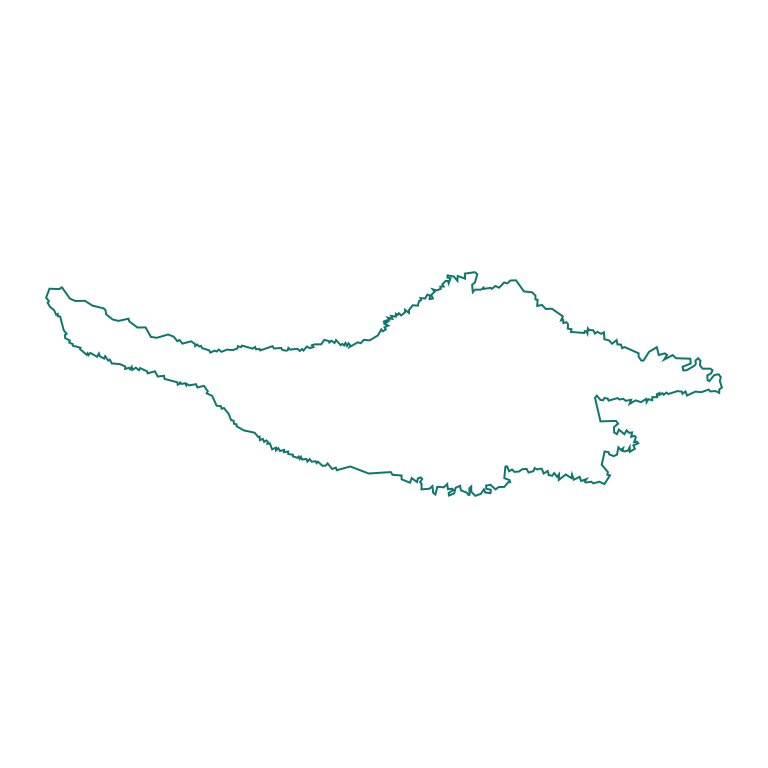 Comapa, Veracruz, Mexico
{"feature_id": "50627088B99460777873405", "entity_name": "Comapa", "entity_type": "district", "adm_level": 2, "iso_a3": "MEX", "parent_name": "Mexico", "parent_adm1": "Veracruz", "projection": "mercator", "projection_center": [-96.723, 19.142], "detail": "fine", "context": "isolated", "style": "outline", "palette": "teal", "viewbox_px": 768, "rotation_deg": 0, "n_neighbors": 0, "source": "geoboundaries", "source_scale": "gbopen_adm2", "svg_char_len": 6094}
<svg xmlns="http://www.w3.org/2000/svg" viewBox="0 0 768 768"><path d="M516.0,280.3L510.4,280.5L507.3,283.4L504.1,282.5L499.1,287.7L495.5,286.0L491.7,288.9L490.6,287.8L483.8,288.9L483.5,287.6L481.0,289.7L475.0,289.7L472.8,292.1L472.1,284.9L474.9,282.5L477.3,274.2L474.8,272.2L464.9,273.6L465.0,278.6L457.7,276.0L457.4,280.8L453.8,276.5L447.6,275.4L447.4,277.6L450.5,278.3L448.7,283.3L448.1,281.0L445.7,280.9L442.3,284.3L443.6,286.5L440.3,286.7L440.7,288.9L436.7,290.4L432.7,289.3L434.7,291.7L431.3,294.8L432.9,298.5L429.6,299.1L429.9,295.5L427.3,294.6L425.0,298.6L420.4,298.0L420.9,300.3L418.9,301.3L417.9,305.6L412.8,305.3L409.1,309.8L409.0,312.9L405.0,309.8L405.1,312.3L401.1,315.4L398.8,313.2L397.8,314.8L395.9,313.8L395.9,316.6L391.1,315.9L392.4,318.8L387.9,317.7L389.3,319.4L383.0,321.8L387.7,321.7L384.5,323.8L388.2,325.6L384.5,327.3L385.8,329.4L382.9,331.3L381.3,329.4L377.9,335.4L369.6,340.4L363.9,339.8L360.6,343.2L357.8,342.3L349.6,347.0L350.2,345.5L348.5,343.3L347.0,346.0L345.5,342.9L344.1,345.5L342.4,343.9L340.7,345.2L336.1,340.1L334.5,343.0L331.5,340.7L329.3,342.5L328.8,341.0L324.2,339.9L321.2,344.3L314.4,344.4L311.9,345.3L313.4,347.1L309.5,348.1L306.9,346.5L303.5,350.5L302.1,349.0L300.0,350.9L297.2,348.8L290.4,349.6L288.4,347.9L287.7,350.3L285.8,350.7L282.2,349.8L281.2,347.9L274.0,348.5L272.5,346.2L260.2,350.4L259.6,348.9L256.0,349.3L255.1,347.0L252.6,348.6L242.0,345.6L241.0,347.2L237.9,346.2L237.4,348.5L232.8,350.1L227.0,349.6L221.5,351.8L218.7,349.6L216.8,351.5L214.6,350.6L210.3,352.6L209.2,350.4L202.2,348.2L201.0,345.9L199.2,346.5L197.2,344.5L195.2,346.1L194.9,344.0L191.2,341.3L182.4,343.6L179.5,340.0L177.3,341.2L173.8,336.7L168.1,334.5L156.8,337.8L150.9,336.9L145.6,327.4L137.4,327.5L129.3,321.4L128.5,318.7L118.5,320.9L112.7,319.5L106.1,314.3L105.5,310.1L103.5,308.3L92.4,305.6L85.0,300.8L75.3,301.0L69.9,298.6L61.9,287.3L59.1,289.1L49.5,288.7L46.1,297.7L48.9,301.2L47.6,302.7L50.1,307.0L54.0,310.1L56.2,314.7L57.8,314.0L57.8,316.1L60.2,316.7L63.7,330.2L66.6,333.8L64.9,335.0L65.2,338.2L69.8,340.5L69.2,342.6L72.7,344.0L72.8,345.7L80.5,347.7L80.1,349.2L86.6,354.7L87.6,353.3L88.4,355.2L90.4,352.9L97.1,356.8L98.9,353.5L99.9,356.2L104.1,358.6L105.2,356.2L108.2,360.6L109.8,359.6L111.8,363.4L120.0,364.1L125.3,366.5L125.2,368.9L129.2,367.8L130.1,369.3L131.7,366.8L132.3,369.9L135.8,367.7L139.0,370.2L140.0,368.1L147.1,371.3L147.6,373.3L154.9,371.3L157.7,376.5L164.1,375.8L164.5,378.9L177.3,382.3L177.7,384.7L180.2,383.5L179.7,381.7L181.5,383.9L185.4,383.3L186.2,385.2L186.7,383.9L189.0,385.4L196.0,384.2L197.5,387.5L203.9,385.8L207.8,391.3L206.7,393.3L212.2,395.9L216.6,405.7L220.9,406.2L221.6,408.7L223.9,408.0L228.6,413.8L231.1,420.1L233.6,420.7L234.0,423.8L236.5,424.3L236.6,426.3L243.9,430.4L254.6,432.7L258.2,437.0L259.6,436.6L259.9,440.1L262.8,438.9L264.1,441.9L266.3,440.4L267.8,441.7L267.4,443.8L269.8,443.3L272.1,449.3L276.0,447.7L276.0,450.3L278.3,448.2L280.0,451.0L284.1,449.9L283.9,452.2L288.1,451.5L288.3,454.1L292.9,454.7L293.0,456.4L297.2,457.8L298.7,456.5L299.6,458.9L301.0,456.9L302.0,459.5L306.4,459.0L307.4,461.6L309.7,459.1L311.6,461.7L315.7,461.3L316.5,463.1L317.9,461.7L322.6,465.9L325.9,465.5L327.6,463.4L332.2,469.0L335.8,467.6L336.8,470.2L350.3,466.5L368.7,473.5L390.8,472.1L392.5,474.8L401.6,475.5L401.6,479.3L410.0,482.7L411.7,478.1L417.0,482.0L417.9,478.4L420.7,477.4L422.2,479.0L420.0,482.1L421.6,483.6L421.5,489.4L429.6,488.7L432.4,486.1L433.2,492.8L435.4,494.5L437.3,486.8L443.8,487.3L447.2,484.1L447.9,489.2L452.3,488.7L453.4,490.0L448.7,492.9L449.0,495.5L454.2,493.4L455.6,487.8L460.1,485.8L460.9,490.3L466.8,492.7L468.5,495.0L469.6,494.7L469.4,488.2L471.2,486.5L471.3,491.8L475.3,495.8L480.8,493.9L483.9,489.4L485.2,492.5L490.5,493.1L490.8,489.7L486.3,488.8L486.1,485.6L490.4,484.8L495.6,489.4L498.5,487.1L504.3,486.9L508.2,482.3L510.1,482.2L509.6,480.2L504.3,478.1L505.4,466.6L507.0,466.3L509.1,471.3L512.1,469.5L514.4,471.9L519.1,471.5L522.4,469.2L526.6,468.9L528.5,472.5L533.4,471.2L534.7,468.1L537.2,469.5L540.3,468.7L541.9,469.0L543.6,473.5L547.7,471.0L548.8,475.1L552.2,475.7L554.2,473.1L557.1,476.9L559.0,474.3L558.8,479.9L565.7,474.5L571.4,478.1L572.0,474.5L573.9,479.7L579.6,476.8L581.1,481.0L586.4,479.1L584.7,481.4L585.7,482.5L591.3,481.7L593.3,483.4L599.2,481.7L604.4,484.0L610.0,475.4L607.4,474.8L607.9,472.1L601.7,464.7L604.6,451.5L608.5,452.1L609.4,454.5L613.8,456.1L617.0,454.6L618.4,447.3L620.8,450.0L623.1,448.2L622.4,450.9L624.5,451.4L628.0,450.6L629.7,447.2L629.9,451.7L634.9,448.8L633.4,445.4L638.2,443.3L636.9,441.6L634.1,442.2L635.9,437.3L634.3,435.8L631.2,436.8L632.1,432.4L629.1,432.8L626.6,430.4L624.4,434.2L618.9,429.6L617.0,434.1L614.2,432.6L614.0,427.1L618.1,423.7L615.9,420.9L600.5,421.4L595.0,397.9L596.9,395.7L600.5,400.0L603.0,400.3L604.4,398.0L607.7,398.6L608.6,400.6L617.6,398.1L619.5,399.5L623.3,398.8L625.6,400.8L631.1,399.8L629.6,403.9L635.5,400.4L641.0,402.1L646.1,398.9L646.6,402.2L648.3,399.2L652.3,400.2L652.4,397.1L657.1,397.2L656.9,394.2L659.5,393.0L659.4,395.0L662.5,393.2L663.7,394.8L666.3,392.6L668.4,394.0L677.4,391.1L681.8,391.6L682.5,393.7L685.5,391.5L687.0,395.5L695.4,391.6L701.2,392.2L708.7,389.6L710.1,391.4L715.7,391.1L719.2,392.9L719.3,389.4L721.9,387.6L719.8,380.9L720.8,377.2L718.5,374.2L714.1,375.2L709.3,381.2L707.6,380.2L707.3,375.4L711.2,373.3L712.5,370.2L710.3,368.7L702.6,368.7L699.9,365.3L700.4,360.8L698.1,358.2L695.5,360.6L695.8,363.9L694.3,365.8L686.6,370.3L683.3,370.4L682.6,366.7L690.7,363.6L690.3,358.7L675.9,358.2L672.7,355.1L664.1,359.6L667.1,354.8L664.8,353.4L658.8,355.0L656.8,347.2L648.9,352.0L643.6,360.5L641.3,360.6L638.6,356.6L638.6,353.3L624.7,347.1L622.1,348.1L621.0,344.6L617.5,344.4L616.6,340.1L612.1,343.7L608.9,340.4L604.4,339.2L603.9,332.3L601.2,333.8L597.2,331.8L595.0,333.6L593.1,330.2L589.3,330.1L587.9,328.4L587.4,333.5L586.3,331.2L584.8,331.1L584.2,333.0L570.9,331.9L571.5,329.2L567.8,328.6L568.0,324.2L566.4,322.2L563.4,323.1L563.2,319.8L561.1,320.4L562.8,316.3L551.9,308.7L545.8,309.0L542.0,305.0L537.2,305.9L537.6,299.7L535.5,299.4L535.4,295.5L532.0,292.3L523.9,291.4L516.0,280.3Z" fill="none" stroke="#0f766e" stroke-width="2"/></svg>